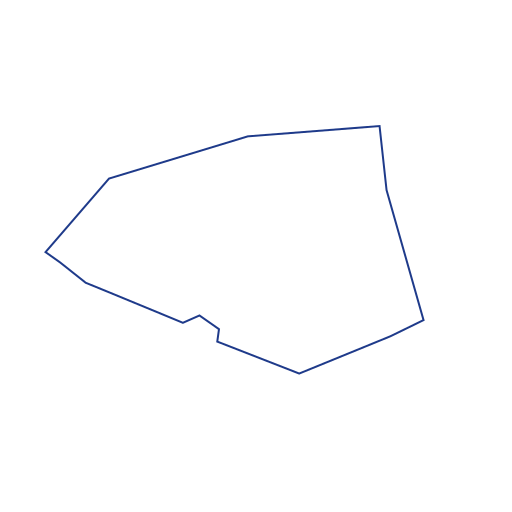 the district of Polystypos, Nicosia, Cyprus, rotated 327°
{"feature_id": "46923920B95687331058871", "entity_name": "Polystypos", "entity_type": "district", "adm_level": 2, "iso_a3": "CYP", "parent_name": "Cyprus", "parent_adm1": "Nicosia", "projection": "robinson", "projection_center": [33.013, 34.938], "detail": "fine", "context": "isolated", "style": "outline", "palette": "blue", "viewbox_px": 512, "rotation_deg": 327, "n_neighbors": 0, "source": "geoboundaries", "source_scale": "gbopen_adm2", "svg_char_len": 389}
<svg xmlns="http://www.w3.org/2000/svg" viewBox="0 0 512 512"><g transform="rotate(327 256 256)"><path d="M430.4,214.3L314.3,151.2L174.9,111.0L81.6,138.1L88.2,154.7L93.5,170.5L95.6,176.7L98.6,185.7L110.9,203.4L151.3,262.0L158.3,272.2L176.2,275.1L185.1,297.2L176.9,306.7L228.2,378.1L324.9,396.5L361.6,401.0L401.4,271.8L430.4,214.3Z" fill="none" stroke="#1e3a8a" stroke-width="2"/></g></svg>